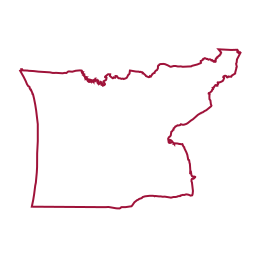 Pueblo Viejo, Colombia, rotated 272°
{"feature_id": "7082276B85256872918621", "entity_name": "Pueblo Viejo", "entity_type": "district", "adm_level": 2, "iso_a3": "COL", "parent_name": "Colombia", "parent_adm1": "", "projection": "mercator", "projection_center": [-74.321, 10.832], "detail": "fine", "context": "isolated", "style": "outline", "palette": "rose", "viewbox_px": 256, "rotation_deg": 272, "n_neighbors": 0, "source": "geoboundaries", "source_scale": "gbopen_adm2", "svg_char_len": 5917}
<svg xmlns="http://www.w3.org/2000/svg" viewBox="0 0 256 256"><g transform="rotate(272 128 128)"><path d="M181.9,18.9L181.5,18.2L175.3,22.0L171.2,24.2L168.3,25.5L166.4,26.8L165.8,28.0L164.9,28.4L164.1,28.4L162.4,29.6L162.6,29.8L159.2,31.4L159.2,31.2L158.7,31.3L158.3,31.9L154.0,33.1L148.0,34.5L142.3,35.6L128.7,37.7L111.7,38.3L99.5,38.1L85.8,38.5L80.4,38.4L70.1,37.8L67.2,37.3L58.5,36.5L52.9,35.8L46.0,34.6L48.1,108.3L48.4,111.2L47.3,119.2L47.3,122.2L47.7,123.2L48.2,123.5L48.7,124.4L48.8,128.1L49.9,134.2L50.7,134.9L54.0,137.0L56.3,139.7L56.8,140.9L57.5,141.6L58.4,144.1L59.5,145.1L60.3,147.4L61.0,152.0L61.1,155.2L61.0,156.5L60.7,156.9L61.0,157.8L60.7,161.7L60.8,163.0L60.5,165.1L60.7,167.1L59.9,173.4L60.6,175.8L60.7,178.0L61.1,179.5L61.6,180.5L61.8,182.5L62.4,182.8L62.4,183.5L63.0,184.6L63.1,186.8L63.6,188.1L63.7,189.0L63.4,190.9L62.6,193.0L63.0,194.5L64.4,194.9L67.3,195.1L75.8,193.8L76.9,193.3L78.6,193.3L79.3,193.6L79.6,194.0L79.5,194.9L79.7,195.4L81.1,196.8L81.5,196.8L81.8,195.8L81.7,194.7L82.2,193.6L83.3,193.0L86.0,192.5L85.6,192.0L84.8,192.1L84.9,191.7L88.4,191.7L94.3,191.1L95.3,190.7L98.0,190.2L98.4,189.3L103.3,188.2L105.7,187.2L109.8,185.0L110.7,184.9L111.5,184.0L113.8,182.9L113.6,181.9L113.9,180.3L113.8,179.8L114.2,178.3L114.3,176.4L114.1,175.4L114.3,175.6L114.4,175.2L114.2,174.8L113.5,174.8L116.5,172.3L117.2,171.4L117.6,170.3L117.5,169.9L117.3,170.1L116.9,169.9L116.4,170.3L115.8,170.1L115.5,169.8L115.2,170.1L114.9,170.0L114.7,171.0L114.5,170.4L114.7,169.5L115.0,169.2L118.6,168.5L120.1,169.1L121.1,170.4L122.1,171.0L125.7,171.4L126.4,172.3L127.5,172.9L127.9,173.6L129.2,173.6L129.8,174.4L131.3,175.4L131.5,176.3L132.4,177.3L132.3,178.4L132.7,179.9L133.6,180.7L133.2,182.1L133.2,183.6L134.0,185.9L134.8,187.3L137.7,190.7L139.0,192.6L143.5,197.3L145.0,199.5L145.2,200.2L145.7,200.6L146.3,202.2L147.6,203.9L148.5,205.6L152.6,210.3L153.3,210.6L154.7,210.0L158.4,209.4L159.7,208.4L163.2,208.2L164.3,208.4L164.7,208.1L165.1,207.4L165.5,207.4L165.8,207.6L166.0,208.5L168.0,210.5L169.0,210.7L169.7,211.6L171.1,211.2L171.4,212.4L172.3,212.6L172.7,213.1L173.8,213.7L174.0,214.2L173.3,215.2L173.4,215.9L174.4,215.9L174.8,216.4L175.3,216.6L176.3,216.0L176.7,216.1L176.7,217.3L177.1,218.8L178.3,221.0L179.5,221.7L181.2,222.3L181.6,222.2L182.2,221.4L182.9,221.7L183.5,222.7L183.6,223.6L183.2,224.6L182.3,224.9L182.0,225.4L182.2,226.0L183.0,226.7L182.8,227.6L183.0,228.4L182.8,229.3L183.1,229.6L184.0,229.9L186.2,233.2L187.1,233.2L191.5,234.2L191.9,234.1L192.9,234.6L196.0,233.8L197.3,234.3L200.3,234.5L207.2,237.8L207.6,237.3L206.8,236.9L206.7,236.1L207.2,235.5L207.5,234.7L208.1,234.6L208.3,235.2L208.6,235.4L209.7,234.8L210.0,234.5L209.6,228.5L209.8,215.7L206.8,218.4L206.4,218.5L205.9,218.0L204.7,217.8L204.1,217.1L203.5,216.9L203.4,216.3L202.6,215.7L202.3,215.0L201.7,214.5L201.3,214.7L200.6,213.6L200.1,213.6L199.8,213.2L198.7,213.3L198.2,213.0L197.6,213.3L197.2,213.1L197.2,211.8L198.1,211.5L198.1,211.2L197.8,210.9L198.1,210.7L198.1,209.9L198.8,209.6L198.6,208.8L199.0,208.6L199.5,207.6L199.4,206.7L199.1,206.1L199.4,205.4L199.8,205.0L199.7,204.1L200.3,203.1L200.4,202.0L199.8,201.4L199.7,200.8L199.1,200.8L197.6,198.8L197.5,198.4L196.6,198.4L195.7,198.7L195.4,198.4L193.9,195.0L192.4,189.9L191.8,189.0L191.1,180.6L191.4,178.7L191.2,175.8L191.6,173.6L191.6,171.7L190.7,168.7L190.8,168.0L192.1,165.4L193.1,162.7L193.3,161.3L193.0,158.1L192.6,157.2L191.9,156.9L191.6,156.2L190.9,155.8L188.7,155.8L187.4,155.2L187.0,155.0L186.2,153.7L184.7,152.7L183.9,152.6L183.7,151.7L182.7,150.5L180.2,149.0L180.6,148.1L179.7,147.7L179.5,147.0L180.5,144.2L181.1,143.9L183.5,141.1L183.4,140.9L183.8,140.9L184.3,140.1L184.2,139.4L184.6,138.7L184.4,137.4L184.7,136.8L184.7,134.1L185.5,128.2L185.5,127.9L182.4,127.6L181.6,127.1L181.3,126.5L178.3,125.1L177.6,124.1L176.8,122.0L177.2,121.2L176.9,119.7L177.4,118.2L177.4,116.9L178.0,116.1L179.3,115.3L179.6,114.1L179.5,113.7L178.6,113.8L177.8,113.5L177.8,112.8L178.1,111.9L177.3,111.4L177.2,111.0L178.2,109.6L179.4,108.1L181.0,108.3L181.0,106.2L178.9,103.7L178.4,103.3L178.0,103.3L177.8,103.6L177.8,104.6L177.6,104.8L175.9,104.6L175.0,104.1L174.3,102.6L173.8,102.0L173.2,102.0L171.5,103.3L170.7,103.4L170.0,102.7L169.5,101.6L170.5,101.4L170.2,100.1L171.7,99.8L171.3,100.4L171.5,100.6L172.3,100.0L171.9,99.8L172.2,99.5L172.5,99.6L172.5,99.4L172.7,99.2L172.4,99.0L172.8,98.7L172.4,98.5L172.4,97.7L171.3,97.8L171.5,98.0L171.2,98.0L170.9,97.3L171.4,97.0L171.5,97.5L171.9,97.4L171.7,97.1L172.0,96.6L171.7,96.3L172.2,95.9L172.7,96.3L172.6,96.9L172.8,96.5L173.2,96.5L172.8,96.4L173.0,96.1L173.6,96.2L173.7,96.5L173.3,96.6L174.1,96.7L174.4,96.4L173.8,96.3L174.5,95.1L174.2,95.1L174.5,94.8L174.1,94.9L174.2,94.0L173.8,93.6L174.2,93.5L174.1,93.1L175.3,93.4L174.8,92.7L174.3,93.0L174.6,92.5L175.1,92.6L174.5,91.8L174.3,92.0L174.3,91.4L174.0,91.4L174.0,91.8L173.8,91.9L173.7,91.3L173.3,91.4L173.6,91.1L173.2,90.7L173.5,90.7L174.0,89.3L173.7,89.0L173.4,89.2L173.4,88.7L173.2,89.2L172.9,89.0L173.0,88.7L172.8,88.2L173.1,88.0L172.8,87.6L172.8,87.1L173.4,86.9L173.8,87.2L173.7,88.1L174.7,87.6L174.9,88.1L175.2,86.5L174.4,87.2L174.6,87.5L174.4,87.5L173.9,87.3L173.9,87.0L174.4,86.8L174.7,86.4L174.2,86.5L173.9,86.0L174.1,85.9L174.5,86.0L175.2,85.3L175.5,85.6L175.8,85.4L175.8,85.7L176.0,85.4L176.6,85.7L176.3,85.3L176.6,85.1L176.6,84.6L175.8,85.1L176.0,84.7L175.6,84.4L175.9,84.2L175.7,83.9L176.3,83.9L176.6,83.3L177.4,83.3L177.5,83.5L177.3,83.9L177.5,84.3L177.7,83.4L178.2,83.0L178.0,82.7L178.6,82.2L179.1,82.3L179.0,82.1L179.4,81.4L179.7,81.7L180.3,81.4L180.7,81.7L181.6,80.7L182.2,81.0L182.2,80.5L181.7,80.1L182.1,79.9L182.5,80.1L182.9,79.8L183.4,80.0L183.8,79.7L183.9,77.9L183.4,73.8L182.3,70.3L182.5,67.0L182.3,66.2L180.8,64.5L180.9,62.9L180.4,60.7L180.6,54.7L180.4,50.8L180.9,48.0L181.2,36.5L181.6,31.9L181.7,26.9L181.9,25.4L181.9,20.9L182.4,20.2L182.5,20.4L183.7,19.5L183.3,19.6L183.2,19.4L182.1,20.2L181.5,19.2L181.9,18.9Z" fill="none" stroke="#9f1239" stroke-width="2"/></g></svg>